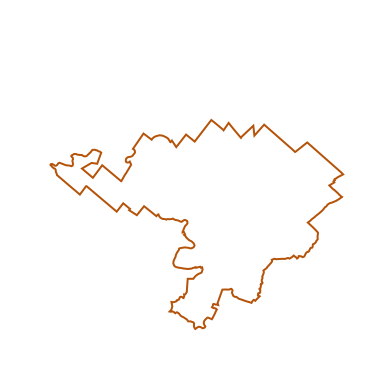 Vanatori, Vrancea, Romania, rotated 127°
{"feature_id": "2599482B46721958149963", "entity_name": "Vanatori", "entity_type": "district", "adm_level": 2, "iso_a3": "ROU", "parent_name": "Romania", "parent_adm1": "Vrancea", "projection": "orthographic", "projection_center": [27.293, 45.717], "detail": "fine", "context": "isolated", "style": "outline", "palette": "amber", "viewbox_px": 384, "rotation_deg": 127, "n_neighbors": 0, "source": "geoboundaries", "source_scale": "gbopen_adm2", "svg_char_len": 5985}
<svg xmlns="http://www.w3.org/2000/svg" viewBox="0 0 384 384"><g transform="rotate(127 192 192)"><path d="M174.5,265.9L193.1,265.1L193.0,264.2L193.1,263.2L193.6,262.4L194.5,261.5L195.2,261.2L199.0,261.3L199.8,261.6L201.4,262.8L202.3,263.8L203.1,264.3L204.0,264.5L204.8,264.6L205.7,264.4L207.0,263.6L207.4,263.1L207.6,262.7L207.6,262.3L207.5,261.7L207.1,261.0L206.5,260.5L205.9,260.0L205.2,259.9L206.7,257.2L206.9,257.1L207.8,256.9L217.1,255.9L217.4,256.0L220.3,255.7L225.6,255.0L226.0,255.1L224.7,279.8L240.3,279.7L239.5,294.0L229.2,289.7L226.5,284.7L215.2,288.2L215.2,289.8L215.7,291.0L215.8,291.5L215.8,291.8L215.9,292.2L215.9,293.1L216.5,294.0L216.8,295.1L217.5,296.0L218.4,296.9L218.8,297.0L219.4,296.9L221.6,296.9L222.5,297.2L226.2,297.7L227.3,298.2L227.7,298.6L228.3,299.5L228.6,300.1L228.7,300.9L228.7,302.1L230.8,305.3L231.3,306.6L231.4,307.2L232.1,308.5L232.8,309.1L234.9,310.0L235.7,310.1L236.1,309.9L236.3,309.4L236.3,308.5L236.5,307.8L236.7,307.5L237.5,306.8L237.9,306.6L238.4,306.6L239.2,306.2L240.3,304.8L241.8,303.6L242.4,303.4L242.9,303.3L243.8,303.7L244.0,304.1L244.6,305.7L246.4,308.6L246.9,310.2L248.1,314.5L248.5,315.5L249.4,316.0L251.5,316.0L252.5,316.2L252.9,316.5L253.5,317.3L253.6,317.8L253.5,318.8L253.8,320.6L254.4,321.3L254.8,321.5L255.2,321.5L255.6,321.3L255.7,321.0L255.7,320.0L255.9,319.5L256.2,317.9L256.2,316.4L256.0,316.0L255.9,315.6L255.9,315.3L256.4,314.1L257.5,313.2L258.0,312.6L258.8,311.1L259.7,310.1L260.7,294.5L261.5,280.0L251.1,280.1L250.8,279.7L253.0,240.3L242.4,240.1L242.8,232.2L242.8,231.3L244.4,231.3L243.7,222.1L232.2,221.7L232.7,205.9L230.6,205.7L230.1,205.3L230.6,204.6L231.2,203.2L231.5,201.9L231.4,200.4L231.3,199.7L230.8,198.7L230.0,197.4L229.5,196.2L229.5,195.9L228.6,195.5L228.2,195.0L227.1,193.3L225.8,192.0L225.5,191.7L224.9,191.5L224.7,191.2L224.7,190.1L224.5,189.3L224.3,188.4L223.2,186.3L222.3,182.6L222.0,182.3L219.7,181.7L218.9,181.2L218.7,181.0L218.5,180.6L218.2,179.6L218.1,179.1L218.1,178.6L218.6,177.7L219.0,177.3L219.9,176.8L221.3,176.7L223.0,177.0L225.1,176.7L227.6,176.0L228.5,175.5L228.8,175.5L229.1,175.7L229.9,175.2L228.8,174.5L230.1,172.0L231.0,172.5L231.2,170.6L231.4,169.9L231.8,169.3L232.2,165.3L231.7,162.7L231.9,160.2L232.6,158.5L233.2,157.8L234.2,157.5L235.1,157.5L236.8,158.2L237.6,158.9L238.1,159.6L238.7,161.2L240.5,164.3L243.2,167.0L244.8,168.2L245.3,168.1L246.0,167.7L249.1,167.5L251.1,167.2L252.6,166.7L253.5,166.2L257.5,165.4L259.3,164.6L260.3,163.9L260.7,163.3L261.0,162.7L261.4,162.3L261.7,160.8L261.6,160.0L260.9,158.0L259.9,156.1L257.9,152.2L255.9,148.9L253.4,146.2L252.2,145.6L250.6,144.4L249.7,143.8L249.7,143.7L250.2,143.4L249.7,142.8L246.8,140.5L246.7,140.4L247.1,139.2L246.1,138.7L247.2,137.1L247.8,136.8L250.4,135.9L251.3,136.2L253.9,137.7L256.1,138.4L258.0,138.7L260.5,138.7L263.9,143.2L275.0,136.0L275.6,136.0L276.6,135.8L277.6,135.8L278.2,136.1L278.6,136.7L279.2,136.0L279.7,135.6L281.2,135.2L281.6,134.9L281.9,135.0L282.0,135.3L281.8,136.5L281.9,136.9L282.4,137.9L282.9,138.3L284.0,138.2L285.6,137.8L286.0,137.8L287.7,139.0L288.5,138.6L290.4,139.8L291.3,140.6L292.2,142.2L295.2,138.9L298.5,137.6L300.9,137.9L300.3,136.7L299.3,136.2L299.0,135.2L298.8,134.0L298.9,132.4L298.1,132.2L297.1,131.6L296.9,129.4L297.6,126.8L297.6,125.9L297.5,124.8L297.2,123.8L296.9,119.5L297.1,118.4L297.6,117.2L296.1,115.1L295.3,112.2L295.4,111.8L296.2,110.8L297.0,110.5L298.2,109.4L298.6,109.0L299.4,107.2L299.4,106.9L296.6,106.1L295.7,105.6L295.4,105.3L295.0,104.4L294.7,104.0L294.5,101.9L294.3,101.4L293.6,100.7L292.3,100.3L291.6,100.3L291.3,100.5L290.9,101.9L290.2,103.1L289.6,103.7L288.8,104.2L287.4,104.6L286.0,104.6L283.3,104.2L282.8,103.8L282.6,103.3L281.6,99.5L275.1,100.6L272.3,101.3L271.0,101.4L270.8,102.0L270.8,102.8L271.1,104.0L271.7,104.8L271.9,105.6L272.0,106.7L271.2,106.7L269.9,107.1L268.9,107.6L268.4,107.3L268.1,106.7L267.6,105.1L267.1,104.7L266.5,103.1L265.3,104.7L251.7,109.0L249.8,106.7L247.9,104.0L247.3,103.4L246.2,102.9L245.9,102.3L245.6,102.1L246.1,100.5L246.2,100.4L248.3,99.5L248.7,99.0L250.1,96.6L250.1,95.6L249.7,94.2L249.1,93.6L249.0,92.5L249.1,90.5L248.5,88.8L246.4,82.3L245.3,79.6L244.8,77.8L243.1,78.0L242.0,78.0L240.9,77.7L240.8,76.0L238.7,75.8L235.4,75.3L234.6,75.2L235.0,77.0L234.0,77.3L233.8,77.9L233.0,78.1L231.9,77.2L231.2,77.1L229.8,78.1L229.4,78.2L229.2,78.4L228.9,79.8L228.6,79.9L228.2,79.6L227.7,79.5L225.8,80.3L224.7,81.1L224.6,81.4L223.9,81.6L223.2,81.3L222.9,80.8L222.0,81.1L221.2,82.7L220.4,83.3L219.5,83.5L218.4,83.9L217.9,84.2L217.3,85.0L217.1,85.0L215.1,85.5L213.4,86.0L211.9,87.2L211.7,87.7L207.9,86.6L206.7,86.7L200.8,86.2L199.4,86.3L199.1,86.6L198.2,86.9L198.0,87.1L197.9,87.4L195.7,86.0L195.0,84.3L191.1,79.8L189.5,77.5L186.9,75.6L186.5,74.0L183.6,72.9L181.5,72.5L181.7,70.2L181.5,69.3L181.6,68.8L181.9,68.1L180.5,67.7L179.5,67.9L179.0,68.2L178.5,67.6L177.8,66.4L177.6,65.6L177.6,64.6L176.4,63.7L175.4,63.6L173.7,63.9L172.8,64.2L171.3,64.1L170.4,63.8L170.1,63.3L168.7,62.9L167.1,63.4L165.4,63.6L164.0,62.5L163.1,62.7L161.6,63.7L160.7,63.9L160.1,63.4L158.4,62.9L157.7,62.9L156.7,63.2L155.7,63.2L154.2,63.1L151.8,65.1L149.0,66.6L148.6,67.1L148.0,70.1L147.4,74.2L146.7,81.1L143.6,80.2L141.5,79.9L137.5,78.8L136.9,78.8L133.3,77.8L128.6,76.8L125.4,76.6L124.5,76.7L123.9,76.6L122.8,76.1L120.4,76.1L118.1,75.3L116.2,73.8L115.1,73.2L112.4,71.6L109.4,70.4L107.3,69.7L106.7,69.6L106.0,69.2L105.7,69.2L105.9,70.0L105.7,70.9L105.4,73.6L105.2,74.6L104.7,79.9L104.9,80.5L104.1,86.3L98.7,84.1L98.3,85.4L96.6,85.0L96.4,85.8L96.2,85.9L95.1,85.5L94.1,84.9L92.9,84.7L87.0,81.9L86.6,84.3L83.1,129.8L97.0,133.4L97.9,133.7L98.0,133.8L97.6,137.3L94.8,174.9L109.4,176.1L102.2,182.9L118.0,185.6L119.3,185.5L117.0,195.5L114.8,204.3L123.7,203.9L123.6,204.3L123.5,205.2L123.0,215.1L122.9,219.9L150.1,220.2L149.7,231.3L165.6,231.6L163.0,239.0L165.1,239.1L165.2,239.4L163.9,242.7L163.7,244.0L164.0,246.5L164.6,249.0L164.8,249.6L165.7,251.2L166.6,252.4L169.4,254.5L170.7,255.2L171.7,255.5L173.8,255.8L174.5,255.7L174.5,265.9Z" fill="none" stroke="#b45309" stroke-width="2"/></g></svg>